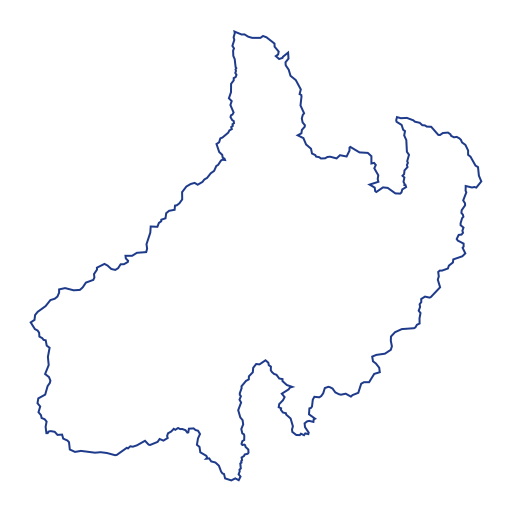 the district of Chumbivilcas, Cusco, Peru
{"feature_id": "86281439B72283889769086", "entity_name": "Chumbivilcas", "entity_type": "district", "adm_level": 2, "iso_a3": "PER", "parent_name": "Peru", "parent_adm1": "Cusco", "projection": "albers", "projection_center": [-71.945, -14.411], "detail": "fine", "context": "isolated", "style": "outline", "palette": "blue", "viewbox_px": 512, "rotation_deg": 0, "n_neighbors": 0, "source": "geoboundaries", "source_scale": "gbopen_adm2", "svg_char_len": 6020}
<svg xmlns="http://www.w3.org/2000/svg" viewBox="0 0 512 512"><path d="M397.0,117.1L396.2,120.2L396.6,121.8L401.6,124.9L403.2,129.8L405.0,131.1L404.2,135.4L406.3,140.1L406.9,151.8L409.0,154.8L407.2,161.2L407.9,162.9L406.9,165.0L407.5,167.1L404.5,170.4L404.1,174.1L402.5,175.8L404.4,177.5L403.5,181.8L404.6,183.9L404.4,185.0L405.5,185.1L406.1,187.1L402.3,189.4L401.4,192.5L400.2,193.6L395.4,193.4L387.7,187.9L383.0,187.4L376.3,192.0L375.2,191.1L374.7,187.6L369.6,184.6L378.4,181.8L377.7,179.0L378.3,175.3L374.3,168.3L375.8,165.0L374.1,162.9L371.4,163.5L371.4,156.2L367.8,152.9L359.5,152.4L350.3,146.9L349.5,147.7L349.5,150.6L346.6,156.5L340.0,155.2L336.6,158.4L330.1,156.7L327.4,157.0L325.1,158.3L321.0,158.5L319.2,157.2L316.1,156.6L315.3,155.1L312.0,153.5L311.0,148.7L306.1,144.5L303.4,138.1L297.7,135.3L301.4,133.3L301.9,129.9L304.7,126.8L304.9,125.2L302.6,122.4L301.8,118.4L302.8,114.9L304.1,113.3L300.5,105.5L301.5,96.4L301.3,95.0L299.6,94.1L300.8,89.4L295.8,80.1L290.5,75.8L288.7,69.7L285.7,65.3L285.5,62.3L288.5,58.6L288.1,52.6L282.9,56.8L282.5,57.9L279.1,59.0L275.8,56.1L278.1,54.5L278.7,51.6L274.6,46.7L274.5,43.6L266.5,37.3L263.0,36.0L260.4,37.9L252.3,37.9L248.2,36.7L244.5,34.4L241.6,34.5L234.5,31.6L234.8,33.1L233.6,37.3L234.3,39.9L232.4,45.9L234.0,48.4L233.1,50.6L233.3,55.9L234.7,59.1L235.6,67.1L236.3,68.1L235.5,69.4L236.0,70.9L235.3,72.9L236.5,74.9L235.6,77.1L233.7,78.1L233.7,80.4L231.1,83.8L231.0,92.2L228.9,98.3L231.7,101.1L230.4,105.0L233.6,112.5L232.5,114.5L231.0,115.3L230.5,117.1L232.2,120.1L233.7,121.0L234.0,123.2L232.5,124.2L232.8,125.9L231.2,127.1L231.8,129.1L229.4,130.4L228.2,132.7L222.5,137.5L220.3,138.4L219.1,142.3L216.5,144.0L219.2,152.0L222.2,154.8L222.7,157.6L224.5,158.7L225.0,160.0L222.5,159.7L221.0,160.5L218.1,164.9L216.3,166.0L214.1,170.9L210.7,173.3L207.1,177.9L204.3,179.5L202.5,181.9L197.7,184.7L194.6,182.9L190.7,184.0L186.4,186.5L182.1,192.1L182.2,199.4L179.4,203.3L176.8,205.3L175.0,205.6L174.6,209.8L169.1,210.8L166.2,213.2L165.5,218.3L161.3,219.7L161.2,221.3L158.9,222.9L157.4,226.8L150.7,226.5L150.3,232.6L146.5,244.2L147.1,248.6L146.2,252.1L136.9,252.8L132.1,255.8L125.5,255.8L125.8,258.4L128.1,260.8L127.8,262.0L124.0,264.2L120.6,264.3L118.1,268.2L115.3,269.9L111.3,269.0L107.6,265.6L104.5,263.9L96.9,267.7L97.0,269.6L94.0,274.1L94.4,277.5L93.3,279.9L85.9,282.6L82.7,287.4L79.9,289.9L73.7,290.3L65.1,288.1L59.1,289.4L59.1,292.7L57.4,296.6L54.8,298.7L50.4,300.1L45.6,306.1L37.7,311.8L35.1,315.0L34.5,319.9L30.7,322.4L34.9,329.1L37.6,330.5L39.1,332.7L39.4,336.6L42.2,338.1L43.6,339.9L45.7,340.3L46.7,345.6L49.6,347.8L47.9,356.9L48.7,365.1L45.1,374.0L49.0,377.1L50.4,380.7L49.8,383.0L47.6,386.1L45.2,394.6L38.3,398.4L37.5,403.2L40.2,406.5L38.5,412.2L41.0,415.2L41.6,418.0L44.6,419.2L46.6,421.6L45.6,426.8L46.4,433.1L47.7,433.1L48.5,431.6L50.7,431.1L54.7,431.8L57.5,434.9L62.1,434.6L63.2,438.6L67.4,440.5L69.0,442.2L69.8,449.5L75.0,451.9L81.0,450.9L95.0,452.7L100.6,452.2L106.9,453.0L115.1,455.2L116.8,454.9L126.8,447.8L128.0,448.4L130.3,446.3L132.8,446.7L136.8,445.4L145.0,440.8L148.6,444.6L150.0,445.0L157.6,441.9L159.6,439.0L163.4,440.6L167.7,438.0L167.1,436.0L168.0,433.3L171.2,431.5L173.8,428.8L175.3,429.8L178.1,428.0L180.2,429.1L182.3,429.0L185.5,430.2L187.3,432.6L188.3,432.4L188.9,428.7L193.6,428.4L195.6,430.1L198.0,430.7L200.0,434.0L198.0,438.4L196.9,444.8L199.5,446.9L200.3,452.3L206.3,455.8L207.2,457.6L206.2,458.7L209.2,458.4L211.2,461.4L215.4,462.5L218.9,465.7L221.1,471.6L222.4,473.4L224.0,474.0L225.1,478.4L231.3,480.4L235.3,478.4L238.7,480.2L240.5,476.6L238.6,474.3L239.7,471.4L239.5,469.6L240.8,468.5L240.3,463.5L241.5,462.6L241.2,461.2L242.1,460.1L241.6,457.5L244.0,456.0L244.7,454.5L247.6,453.8L248.5,452.7L248.3,449.5L245.6,447.0L245.1,445.2L244.2,444.6L242.4,445.0L241.5,443.9L242.3,441.2L244.2,440.0L244.3,435.7L243.9,434.3L242.3,433.4L241.3,429.0L243.2,424.4L242.6,420.2L240.3,417.4L238.2,410.2L241.1,402.5L239.5,399.7L240.9,396.2L239.8,394.8L239.8,393.2L241.6,388.2L241.5,386.3L246.0,380.9L248.8,379.4L248.9,376.3L252.8,372.3L253.2,367.8L256.2,364.0L259.5,364.4L265.5,360.3L268.3,362.7L268.8,365.2L270.9,366.6L270.8,370.3L272.0,372.1L274.0,373.9L276.5,374.8L279.2,378.5L282.5,379.1L282.5,381.1L286.8,385.0L292.2,386.9L289.9,387.6L288.6,389.4L281.8,393.7L284.6,397.1L283.0,400.2L279.2,404.1L278.7,407.2L281.1,408.3L280.8,409.7L282.9,412.5L285.9,413.2L286.2,414.6L290.6,418.5L292.9,426.3L292.0,429.5L292.3,431.9L296.3,435.0L299.8,435.1L300.9,433.7L304.0,435.2L305.3,433.4L308.3,434.1L308.7,432.6L305.0,427.1L304.6,423.4L307.2,421.3L309.2,420.9L313.4,421.9L313.7,419.4L315.1,418.7L309.0,414.3L309.4,408.4L311.0,407.9L312.0,406.5L312.8,399.6L314.4,396.8L319.3,397.3L321.2,396.1L323.2,393.3L324.8,388.1L328.3,386.8L329.9,387.2L332.5,388.5L335.3,392.4L338.9,394.2L340.9,394.7L345.7,393.7L350.9,396.6L352.5,395.1L358.3,392.8L361.2,383.7L364.0,382.2L369.1,382.2L374.2,373.9L379.8,372.2L379.2,367.7L375.9,363.5L373.0,361.3L372.2,356.6L376.3,354.9L384.9,353.7L390.8,349.8L391.9,346.3L390.8,340.8L391.0,336.5L395.0,332.2L401.8,329.1L414.0,328.2L415.4,327.4L416.9,324.8L419.6,323.5L419.5,318.4L420.5,313.0L418.7,310.7L420.1,306.9L419.6,304.3L421.3,302.0L421.2,299.0L425.0,296.6L429.5,297.6L430.8,297.1L440.1,287.3L437.8,279.7L438.8,276.4L438.2,272.0L439.7,270.6L442.0,270.6L447.9,268.5L448.9,265.6L452.9,262.5L453.3,259.4L462.3,256.3L465.3,253.4L462.6,247.8L463.6,246.6L463.6,243.6L457.8,240.6L456.7,239.0L458.7,234.9L461.5,234.6L463.0,232.8L462.4,230.7L463.5,227.6L460.6,225.2L460.6,223.2L462.1,218.2L463.4,216.8L462.9,214.7L461.4,212.9L461.7,210.2L465.1,205.3L465.0,203.3L463.2,200.4L466.3,192.4L465.6,190.7L465.7,186.0L472.0,187.5L474.4,187.0L476.3,187.6L481.3,181.4L478.9,175.7L478.0,167.1L475.5,165.6L470.5,156.7L468.1,154.8L468.1,150.5L465.4,144.9L462.0,142.4L460.9,139.8L459.3,138.3L456.7,136.9L454.0,137.3L451.2,135.9L450.4,134.3L448.0,132.6L442.9,133.0L440.0,135.0L438.3,134.9L431.2,126.8L426.8,126.6L424.9,125.4L422.3,125.2L419.7,122.8L414.9,121.7L413.3,120.3L406.9,117.9L400.8,118.2L397.0,117.1Z" fill="none" stroke="#1e3a8a" stroke-width="2"/></svg>